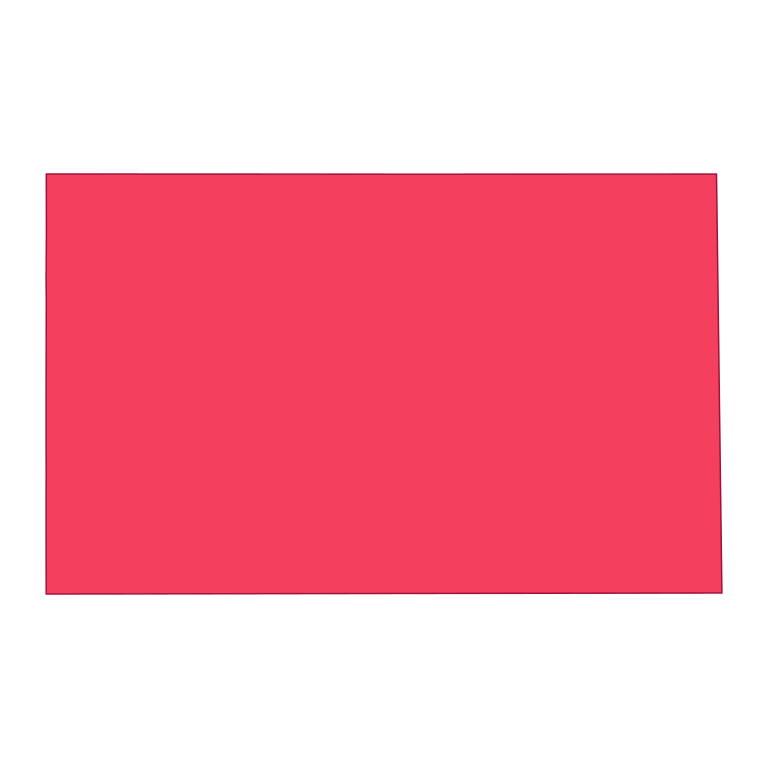 the district of Gaines, Texas, United States of America
{"feature_id": "52423323B42726904643682", "entity_name": "Gaines", "entity_type": "district", "adm_level": 2, "iso_a3": "USA", "parent_name": "United States of America", "parent_adm1": "Texas", "projection": "natural_earth1", "projection_center": [-102.926, 32.741], "detail": "fine", "context": "isolated", "style": "filled", "palette": "rose", "viewbox_px": 768, "rotation_deg": 0, "n_neighbors": 0, "source": "geoboundaries", "source_scale": "gbopen_adm2", "svg_char_len": 434}
<svg xmlns="http://www.w3.org/2000/svg" viewBox="0 0 768 768"><path d="M715.4,593.0L721.9,593.0L716.5,174.1L414.0,174.2L46.3,174.0L46.4,230.8L46.3,250.6L46.2,261.2L46.2,271.5L46.1,271.9L46.1,279.5L46.3,299.6L46.3,300.5L46.2,341.7L46.2,342.7L46.2,348.7L46.1,397.5L46.1,414.7L46.1,431.9L46.1,439.7L46.2,474.6L46.1,495.6L46.1,517.4L46.1,518.8L46.1,530.8L46.2,594.0L715.4,593.0Z" fill="#f43f5e" stroke="#9f1239" stroke-width="1.5"/></svg>